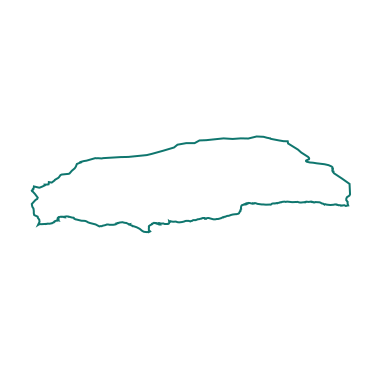 Leksvik nor, Nord-Trøndelag, Norway (Robinson projection), rotated 17°
{"feature_id": "86288312B18115078768764", "entity_name": "Leksvik nor", "entity_type": "district", "adm_level": 2, "iso_a3": "NOR", "parent_name": "Norway", "parent_adm1": "Nord-Trøndelag", "projection": "robinson", "projection_center": [10.469, 63.661], "detail": "fine", "context": "isolated", "style": "outline", "palette": "teal", "viewbox_px": 384, "rotation_deg": 17, "n_neighbors": 0, "source": "geoboundaries", "source_scale": "gbopen_adm2", "svg_char_len": 5930}
<svg xmlns="http://www.w3.org/2000/svg" viewBox="0 0 384 384"><g transform="rotate(17 192 192)"><path d="M264.9,116.6L260.5,117.2L253.1,118.0L251.5,118.1L251.0,117.8L250.5,118.0L249.5,118.0L248.0,118.2L244.3,118.3L237.6,120.0L230.2,124.4L223.1,126.4L215.3,129.4L206.5,131.5L190.4,138.3L184.1,140.5L180.2,144.5L172.3,146.9L164.3,151.0L161.8,154.7L152.3,161.0L142.4,167.3L138.0,169.9L120.8,177.1L113.5,179.5L97.1,185.6L95.9,186.3L92.4,187.1L90.7,187.7L89.6,187.9L81.9,192.9L79.6,194.0L76.7,195.8L77.1,196.2L75.5,197.4L73.7,198.9L73.5,201.7L72.9,203.7L70.9,206.8L69.4,210.2L68.5,210.8L66.1,211.8L62.3,213.4L61.8,213.8L61.3,214.3L60.4,216.9L60.0,217.6L57.3,220.5L57.2,221.1L55.1,224.0L52.2,224.4L52.6,226.1L52.6,226.6L50.9,227.4L48.9,228.0L49.3,228.7L47.0,230.8L45.0,232.4L44.1,232.6L39.2,232.9L39.4,234.1L39.4,234.6L39.2,235.2L39.3,235.3L39.0,235.5L38.9,235.7L39.1,236.1L38.7,236.9L39.1,237.0L39.2,237.3L38.8,237.7L39.1,237.9L39.1,238.0L39.3,238.0L42.4,239.8L46.1,242.5L46.0,243.9L44.7,245.3L42.3,250.3L43.2,252.1L43.9,253.1L45.2,254.1L46.3,256.5L46.9,258.5L47.7,260.0L47.9,260.2L51.6,260.7L52.2,261.8L54.0,263.1L54.9,265.1L54.4,268.5L54.9,267.9L56.0,267.2L57.7,266.7L61.4,265.3L61.5,265.4L62.6,264.9L62.8,264.6L65.0,264.0L67.3,262.8L67.4,262.5L67.9,262.1L68.9,261.3L69.2,260.8L69.0,260.5L69.6,259.8L70.2,259.4L70.6,259.2L71.2,258.8L71.8,258.7L71.9,258.1L72.3,258.1L71.8,257.7L72.1,257.5L71.7,257.3L71.7,257.0L71.8,256.8L71.2,256.4L71.3,256.0L71.9,255.8L71.8,255.5L71.6,255.4L71.9,254.9L72.6,254.8L73.1,254.3L74.2,253.8L74.9,253.9L75.2,253.6L75.8,253.4L77.1,253.5L77.6,253.4L77.9,253.2L77.5,253.4L76.7,253.4L76.8,253.2L77.3,253.2L77.1,253.0L78.9,252.1L80.4,251.7L81.2,251.6L81.5,251.8L81.9,251.6L85.0,251.5L86.3,251.2L86.7,251.4L87.2,252.0L88.8,252.2L89.2,252.1L94.6,251.8L97.7,251.0L98.6,250.9L99.9,251.0L101.4,251.4L103.3,251.5L109.3,251.2L113.5,252.0L114.4,251.4L115.7,251.1L116.2,250.5L118.8,249.0L120.2,247.9L121.9,247.5L122.7,247.5L124.5,246.9L125.9,246.5L127.0,246.1L127.4,245.7L128.5,245.3L128.8,244.9L128.7,244.4L129.5,244.2L129.6,243.9L129.5,243.7L129.8,243.4L130.9,243.2L131.0,242.8L131.4,242.5L134.4,241.2L135.9,241.2L137.5,241.0L138.2,240.8L141.2,241.3L141.4,241.2L141.3,241.4L141.5,241.6L142.2,241.4L144.1,241.7L144.5,241.8L144.4,242.1L144.7,241.7L145.1,241.8L144.8,241.9L145.4,242.1L146.1,241.8L149.4,241.9L152.7,242.5L155.9,243.8L157.7,244.1L160.4,243.6L161.8,243.1L162.1,243.2L163.5,241.9L163.2,241.7L162.4,241.7L161.8,241.0L161.7,240.2L161.3,239.3L161.2,238.3L160.9,237.9L160.8,237.2L161.6,236.1L162.8,234.9L162.2,234.7L162.8,234.6L163.1,234.0L163.7,233.5L164.0,233.6L163.7,233.5L164.6,232.7L165.2,232.7L166.2,232.4L166.5,232.6L166.8,232.6L166.5,232.5L166.2,232.3L167.1,232.1L167.9,232.3L168.0,232.6L168.5,232.5L170.1,232.7L170.8,232.5L170.0,231.9L169.0,231.6L169.5,231.3L171.8,231.3L172.0,231.1L173.3,230.7L173.6,230.5L175.3,230.6L178.2,229.7L178.3,229.4L178.9,229.2L179.1,228.8L179.2,227.7L179.4,227.5L178.9,227.0L178.7,226.6L179.2,226.8L179.4,226.7L178.9,226.6L179.2,226.6L179.8,226.2L181.3,226.2L182.8,225.9L185.2,225.0L186.9,225.1L188.6,224.8L191.1,223.7L193.0,222.6L194.1,221.7L194.9,221.3L197.1,220.6L199.1,220.6L199.6,220.0L200.5,219.6L200.9,219.0L201.5,218.5L203.8,217.8L204.2,217.4L204.6,217.2L205.3,216.5L206.9,215.8L207.9,215.1L209.0,214.6L209.3,214.1L210.0,213.7L211.3,213.3L211.3,213.5L211.8,213.6L211.9,213.8L212.3,213.9L212.7,213.6L213.4,213.4L213.4,213.1L214.0,212.6L215.1,212.1L215.8,212.0L219.5,211.9L220.8,211.8L222.3,211.3L223.7,210.5L224.9,210.2L225.4,209.8L226.2,209.4L226.9,208.8L227.3,208.7L228.4,207.6L229.3,207.2L229.3,206.9L229.7,206.9L230.1,206.3L231.3,205.8L231.8,205.2L232.8,204.5L233.7,204.2L234.4,203.8L236.1,202.5L237.6,201.6L239.6,200.7L240.8,200.3L242.5,199.3L242.8,199.1L243.2,198.5L243.2,197.8L243.5,197.1L243.4,196.6L243.6,196.2L243.8,196.1L243.7,195.8L243.8,195.6L243.6,195.2L243.8,194.9L243.7,193.9L243.9,193.7L243.5,192.9L243.3,192.0L243.3,190.8L243.4,190.4L243.9,189.7L245.5,188.9L246.2,188.3L244.8,188.4L246.0,188.2L246.9,188.3L247.8,187.7L248.0,187.4L247.7,187.5L247.1,187.5L247.0,187.2L247.3,186.9L248.1,186.6L248.4,186.9L247.9,187.2L248.0,187.3L248.5,186.9L248.3,186.5L249.0,186.0L250.3,185.7L253.3,185.5L254.3,185.2L253.3,185.1L253.4,184.9L254.8,184.8L255.0,184.4L255.4,184.2L256.3,184.1L258.1,184.2L262.4,183.5L263.6,183.1L266.5,182.5L269.9,181.3L270.7,181.2L271.3,180.8L271.6,180.1L272.2,179.6L273.2,179.1L274.0,179.0L274.2,178.8L274.9,178.5L275.5,178.4L275.7,178.1L276.2,177.8L277.0,177.8L277.2,177.4L278.4,176.9L278.8,176.4L280.1,175.9L280.2,175.6L280.6,175.5L281.1,175.1L282.7,174.4L283.6,174.1L284.5,174.1L285.5,173.5L286.1,173.3L290.9,172.4L294.2,171.2L294.5,171.2L295.7,170.6L297.5,170.6L299.1,170.3L301.4,169.3L303.5,168.7L303.8,168.4L303.6,168.3L303.8,168.2L303.7,168.1L304.2,167.8L306.5,167.4L308.7,166.3L309.7,166.3L309.4,166.6L309.5,166.6L309.9,166.5L309.8,166.3L310.1,166.2L310.8,166.2L310.9,166.4L311.5,166.4L312.4,166.1L312.5,166.0L312.4,165.9L312.8,165.6L316.8,164.6L318.0,164.6L319.4,165.0L320.6,164.8L321.3,165.1L321.7,165.0L322.4,165.3L322.6,164.9L323.0,164.7L324.5,164.7L328.1,164.0L331.1,162.8L332.1,162.2L333.5,161.7L334.2,161.7L334.2,161.9L334.6,161.9L335.9,161.7L336.1,161.8L336.8,161.5L338.0,161.3L338.2,161.5L338.7,161.2L339.3,161.3L340.1,160.7L341.7,160.1L343.0,160.4L343.4,160.3L344.4,159.6L345.3,159.2L344.2,157.6L343.7,155.9L343.2,155.7L343.0,155.4L341.9,154.7L341.5,153.2L341.7,151.7L343.6,149.4L343.8,148.0L340.3,138.2L331.5,135.3L322.4,132.6L321.1,131.7L321.3,131.5L321.3,131.3L321.3,131.0L320.5,130.9L320.0,130.6L319.9,130.2L320.0,130.0L319.8,129.7L320.1,129.1L320.0,128.6L319.3,128.4L319.3,127.6L319.1,127.3L318.0,126.8L314.8,126.4L310.6,126.7L302.9,128.1L299.2,128.6L296.1,129.3L292.9,129.5L292.3,129.3L292.0,129.1L291.9,128.7L292.1,128.3L292.6,127.9L294.2,126.6L294.3,126.2L294.2,125.6L293.9,125.2L292.8,124.5L284.9,122.3L281.0,120.5L269.7,117.5L268.7,115.5L264.9,116.6Z" fill="none" stroke="#0f766e" stroke-width="2"/></g></svg>